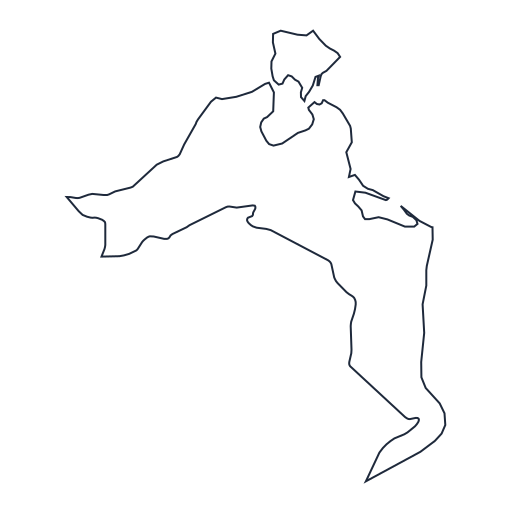 the border of Médenine
{"feature_id": "TUN-96", "entity_name": "Médenine", "entity_type": "Governorate", "adm_level": 1, "iso_a3": "TUN", "parent_name": "Tunisia", "parent_adm1": "", "projection": "equal_earth", "projection_center": [10.815, 33.079], "detail": "fine", "context": "isolated", "style": "outline", "palette": "slate", "viewbox_px": 512, "rotation_deg": 0, "n_neighbors": 0, "source": "natural_earth", "source_scale": "10m", "svg_char_len": 3365}
<svg xmlns="http://www.w3.org/2000/svg" viewBox="0 0 512 512"><path d="M437.4,438.2L434.9,440.9L420.4,451.8L365.9,481.3L366.0,481.1L379.4,452.6L382.9,448.0L386.5,444.3L390.3,441.2L394.4,438.4L404.3,434.3L407.5,432.4L415.0,426.3L416.8,424.2L418.2,422.1L418.7,420.9L418.9,419.8L418.6,418.7L417.6,418.0L415.8,417.9L409.9,419.1L408.4,419.0L406.9,418.3L405.0,417.0L350.1,366.2L349.5,365.1L349.2,364.0L349.2,362.9L349.3,361.9L351.3,353.2L351.5,349.8L350.7,326.1L350.9,323.7L351.2,321.7L353.9,313.7L355.0,309.2L355.7,304.5L355.7,302.6L355.6,301.6L355.1,299.8L354.6,298.8L354.1,297.8L353.0,296.7L351.6,295.7L349.1,294.2L346.4,292.1L337.6,283.1L336.0,281.1L334.8,278.8L334.2,277.4L331.4,264.4L331.2,263.8L330.8,263.0L330.2,262.1L329.3,261.2L328.1,260.3L270.7,230.1L266.2,228.9L256.6,227.7L252.9,226.4L251.0,225.2L249.0,223.4L248.1,222.4L247.5,221.4L247.1,220.5L247.1,219.5L247.4,218.5L248.0,217.7L252.1,216.1L252.7,215.3L253.0,214.3L253.0,213.3L253.3,212.3L254.9,209.4L255.3,208.5L255.4,207.5L255.3,206.6L254.8,205.7L252.7,205.4L236.7,207.6L229.4,206.5L227.6,206.6L225.9,207.2L189.5,225.2L186.7,227.2L172.5,234.0L170.6,235.4L169.3,237.5L168.3,238.4L166.9,238.9L164.3,238.9L153.7,236.5L149.9,236.3L148.6,236.7L147.1,237.5L144.6,239.5L143.2,240.8L142.1,242.1L137.7,249.0L137.0,249.8L136.2,250.5L129.1,253.9L123.9,255.4L119.4,256.2L101.5,256.6L104.5,249.0L105.0,247.0L105.3,245.0L105.3,224.2L105.2,223.2L105.0,222.2L104.0,221.1L102.2,219.8L98.1,218.2L96.0,217.7L94.4,217.6L92.6,217.8L90.6,217.6L87.0,216.7L82.6,214.9L78.7,211.2L66.7,197.0L70.5,197.1L75.9,198.0L77.8,198.1L79.7,197.8L88.5,194.7L92.3,193.9L103.7,195.0L107.2,195.0L109.0,194.4L115.2,191.4L130.5,187.6L132.8,186.7L156.7,164.7L163.3,161.4L177.1,156.9L178.3,156.0L179.7,154.3L184.2,144.4L195.7,124.1L196.5,121.9L198.0,119.4L211.0,101.7L215.4,98.1L216.0,97.6L222.0,99.1L236.3,96.8L252.0,91.8L265.1,83.9L269.0,82.7L273.9,92.4L273.2,111.3L267.1,117.1L263.8,118.6L261.2,122.4L260.2,127.0L261.4,131.4L266.3,140.7L269.1,144.1L273.5,145.6L282.2,143.5L297.9,132.9L305.4,130.4L308.9,128.7L312.2,124.4L313.8,119.2L312.4,114.5L308.9,109.9L308.3,107.6L314.5,102.1L316.9,104.0L319.5,104.5L321.7,103.3L323.1,100.2L324.5,100.2L327.8,102.7L336.5,107.2L340.1,109.8L342.9,113.6L350.1,125.9L350.8,128.6L351.8,142.3L346.3,152.2L350.6,169.0L348.9,177.0L354.9,174.9L359.0,179.7L363.1,185.8L367.9,188.8L372.8,190.1L383.5,196.2L388.6,198.2L387.3,199.5L386.7,199.9L385.8,200.1L365.4,192.7L355.4,191.5L353.0,200.1L355.0,203.4L358.3,206.5L361.6,210.4L363.0,216.4L365.0,219.1L369.5,219.1L378.6,217.2L387.4,219.4L404.9,226.6L414.2,226.6L417.5,223.9L416.4,220.2L412.9,216.9L409.2,215.5L406.8,213.7L403.9,209.7L400.7,205.9L419.5,220.9L431.0,226.9L432.4,227.3L432.5,227.3L432.7,239.7L426.8,265.9L426.3,270.2L426.3,285.6L422.6,304.3L424.2,332.9L421.2,362.0L421.4,377.3L425.7,388.0L439.7,403.4L444.5,413.3L445.3,425.0L441.6,433.6L437.4,438.2ZM325.8,45.7L329.9,48.5L334.0,50.6L337.6,53.1L340.1,56.9L326.4,70.9L322.9,72.8L321.6,74.0L320.7,76.2L318.7,85.2L317.4,85.2L318.0,78.0L318.7,75.7L315.5,76.9L312.8,85.5L309.1,91.8L305.7,96.1L304.4,101.0L301.0,97.1L300.9,92.3L302.2,87.8L298.5,81.6L295.0,79.7L291.7,76.4L288.1,75.2L284.3,79.5L282.5,83.6L278.7,84.6L273.9,80.3L272.6,76.2L271.3,68.6L271.5,61.4L275.4,53.6L272.9,42.4L273.1,33.9L280.7,30.7L297.5,34.7L306.5,35.4L313.1,30.7L319.3,39.0L325.8,45.7Z" fill="none" stroke="#1e293b" stroke-width="2"/></svg>